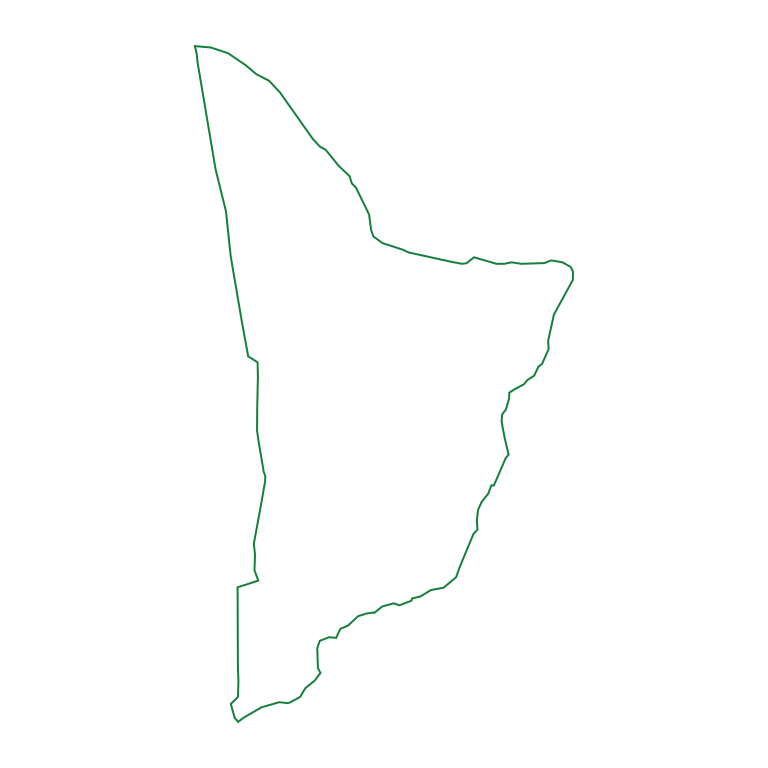 the district of Yigo, Guam
{"feature_id": "77769853B33377803133936", "entity_name": "Yigo", "entity_type": "district", "adm_level": 2, "iso_a3": "GUM", "parent_name": "Guam", "parent_adm1": "", "projection": "albers", "projection_center": [144.906, 13.57], "detail": "fine", "context": "isolated", "style": "outline", "palette": "green", "viewbox_px": 768, "rotation_deg": 0, "n_neighbors": 0, "source": "geoboundaries", "source_scale": "gbopen_adm2", "svg_char_len": 1702}
<svg xmlns="http://www.w3.org/2000/svg" viewBox="0 0 768 768"><path d="M237.9,667.2L238.4,681.1L238.0,696.9L230.8,703.9L234.7,717.9L238.1,721.9L241.1,719.6L243.9,717.5L261.5,707.3L279.3,702.2L288.3,703.2L291.7,701.5L300.1,697.0L305.3,688.2L314.8,680.5L320.5,672.9L317.9,668.2L317.3,648.0L319.8,640.8L329.2,637.2L336.1,637.9L340.4,628.8L348.0,625.6L354.9,619.2L357.9,616.3L366.5,613.5L373.5,612.5L373.9,612.6L374.3,612.9L375.1,612.2L375.5,611.9L382.2,606.5L393.8,603.3L399.4,605.3L411.5,600.7L412.0,598.5L420.6,596.4L422.8,595.0L431.0,590.0L438.8,588.6L443.6,587.7L455.1,578.1L456.0,577.4L459.7,567.1L473.5,533.9L477.5,529.6L476.8,520.3L478.1,509.8L481.7,501.8L488.3,493.6L491.4,485.3L493.8,485.5L499.2,473.2L505.5,458.5L508.6,454.6L504.6,437.6L501.6,421.6L502.1,414.5L506.0,409.4L509.1,398.5L509.3,392.7L514.4,389.4L524.0,384.2L527.3,380.1L534.2,375.6L535.5,372.8L538.5,366.6L542.1,363.8L548.7,348.9L548.1,341.0L553.9,314.6L572.8,280.0L573.1,271.8L570.7,267.0L562.5,262.3L551.3,260.4L544.3,263.1L521.2,263.8L511.5,262.3L504.5,263.8L496.4,263.8L474.0,257.3L466.6,263.2L462.1,263.8L452.7,262.1L408.8,252.5L402.5,249.6L382.5,243.1L381.1,242.1L373.4,236.5L371.1,229.9L369.1,214.6L356.0,187.6L351.9,183.5L349.5,176.1L338.2,165.3L334.2,160.3L325.7,149.8L319.9,146.6L312.7,138.8L295.2,114.0L280.0,92.5L269.1,80.8L256.5,74.3L245.5,65.1L228.0,53.2L210.8,47.5L194.9,46.1L196.8,54.2L197.4,61.4L215.5,168.9L226.0,211.5L230.7,256.3L241.8,321.3L248.2,356.4L257.6,362.3L257.9,376.8L257.2,408.6L257.1,426.5L257.0,430.5L259.0,444.1L263.3,469.2L263.5,471.1L265.3,476.4L265.1,481.5L260.7,506.5L253.8,543.9L255.0,554.4L254.5,570.3L258.3,580.6L237.6,587.3L237.9,667.2Z" fill="none" stroke="#15803d" stroke-width="2"/></svg>